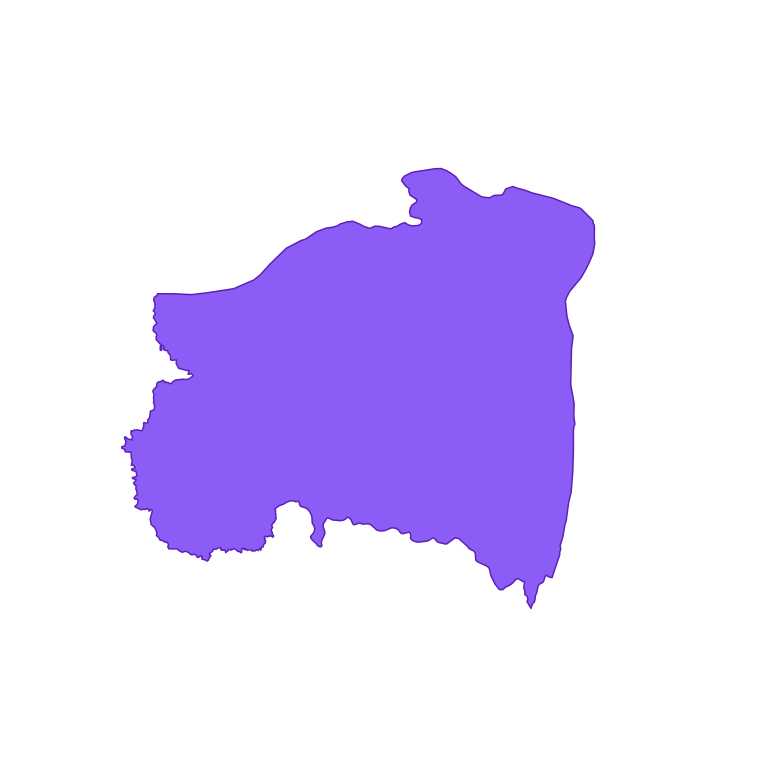 the district of Kham, Xiangkhoang, Laos, rotated 210°
{"feature_id": "54806243B15908522447592", "entity_name": "Kham", "entity_type": "district", "adm_level": 2, "iso_a3": "LAO", "parent_name": "Laos", "parent_adm1": "Xiangkhoang", "projection": "orthographic", "projection_center": [103.704, 19.758], "detail": "fine", "context": "isolated", "style": "filled", "palette": "violet", "viewbox_px": 768, "rotation_deg": 210, "n_neighbors": 0, "source": "geoboundaries", "source_scale": "gbopen_adm2", "svg_char_len": 6171}
<svg xmlns="http://www.w3.org/2000/svg" viewBox="0 0 768 768"><g transform="rotate(210 384 384)"><path d="M144.1,263.0L144.7,263.8L145.5,268.3L144.8,270.2L145.3,272.5L147.0,276.2L147.3,279.2L149.6,286.2L149.1,288.8L147.4,291.3L147.1,292.5L148.0,296.9L148.0,299.3L143.5,299.6L141.7,300.4L146.4,323.9L147.7,326.2L148.5,329.6L150.6,332.0L152.8,341.4L157.0,352.7L158.0,357.0L164.7,373.3L168.0,384.2L176.5,402.1L186.6,420.9L196.7,438.4L198.2,442.0L198.6,444.6L203.6,451.2L209.6,462.2L222.1,477.0L239.2,508.2L244.3,520.2L253.5,528.0L259.4,534.1L268.3,546.4L269.2,549.8L269.5,556.8L266.4,575.1L266.7,587.6L267.9,599.6L268.7,602.8L271.9,611.4L274.3,614.7L280.1,624.9L281.3,626.5L284.1,628.7L284.6,629.9L300.6,634.2L302.6,634.3L310.0,632.4L330.2,629.5L351.5,623.5L358.4,622.4L366.9,620.1L371.0,619.5L376.0,614.0L375.9,607.7L377.4,605.8L382.8,602.5L385.8,597.9L392.9,594.9L413.9,595.3L417.5,595.9L425.6,599.4L431.9,600.0L436.7,600.0L442.4,599.1L447.5,595.9L463.2,583.3L466.1,580.6L470.1,574.5L470.9,571.5L470.3,568.8L464.3,566.3L460.1,565.7L458.6,563.0L455.9,560.6L447.8,560.1L446.8,557.7L449.2,552.9L449.2,549.6L448.0,545.9L444.9,542.7L440.2,543.6L437.2,544.8L433.6,545.2L432.1,542.5L432.3,540.6L433.8,538.2L438.9,534.9L443.1,533.9L446.7,534.2L449.9,530.3L451.7,526.9L453.8,525.1L455.6,521.8L467.2,518.1L470.8,516.2L474.1,511.7L480.6,510.4L484.5,510.4L492.5,509.3L496.9,506.0L501.9,500.8L503.8,497.3L507.0,494.0L511.6,490.5L518.3,482.5L524.7,469.7L527.5,466.9L536.5,452.7L542.7,430.8L545.7,416.9L548.7,409.1L561.9,391.3L584.0,373.6L595.3,365.2L610.8,357.2L625.2,349.0L625.0,346.9L626.3,344.0L625.6,341.8L622.8,339.3L621.1,336.7L620.4,334.3L620.4,332.0L618.8,331.7L616.9,330.1L617.4,327.8L616.9,326.2L610.9,323.0L612.0,320.2L612.2,318.4L610.9,315.2L610.2,314.6L606.4,313.8L605.5,313.3L604.6,310.3L603.2,308.4L596.7,306.4L596.7,304.8L594.8,301.6L593.9,301.5L593.6,302.0L594.0,304.0L595.1,305.0L595.4,306.0L594.5,306.8L593.4,306.5L591.9,303.6L589.8,303.8L588.2,304.7L586.2,302.9L584.1,302.3L582.5,301.0L581.0,298.3L579.0,298.7L576.2,301.0L575.7,300.8L574.2,297.8L569.6,294.9L561.0,297.3L559.6,298.2L559.2,298.2L558.9,295.5L558.4,294.6L557.5,295.0L556.1,296.7L554.1,296.1L553.6,295.3L555.0,291.8L556.6,289.6L561.0,287.3L566.6,283.2L567.9,280.5L568.5,278.0L569.7,277.2L571.5,277.4L572.9,276.7L573.9,276.8L575.0,275.7L576.1,276.6L577.3,276.8L578.9,274.1L580.3,273.2L580.9,272.0L580.8,270.2L579.8,268.8L580.1,266.0L580.8,263.8L580.5,262.1L577.7,259.5L576.7,256.7L575.0,254.7L574.4,252.7L572.0,250.7L570.7,248.3L570.5,246.3L572.7,243.7L570.2,237.6L570.7,234.7L569.7,233.5L569.3,232.4L570.4,231.1L572.5,230.7L572.7,230.0L570.9,227.1L570.2,222.8L570.6,222.2L575.1,220.8L575.9,219.9L577.4,219.3L578.1,217.4L579.4,217.2L579.3,216.3L577.8,213.8L575.8,213.2L574.4,209.5L578.7,208.3L581.2,209.0L581.8,208.7L581.9,207.6L578.9,205.3L578.2,204.0L577.6,200.8L579.7,198.4L578.9,197.3L576.0,197.8L574.4,196.0L573.9,196.0L568.9,198.5L565.7,193.5L563.7,191.8L562.3,187.5L560.3,188.3L557.8,187.5L557.6,186.4L559.5,184.9L559.9,184.1L559.7,183.6L558.7,183.3L555.2,184.3L553.1,182.2L552.3,180.9L552.4,180.2L553.8,178.2L555.1,177.3L554.9,176.8L554.3,176.5L551.0,177.2L550.7,175.8L551.4,173.2L550.0,172.1L547.9,172.0L546.4,169.0L544.7,167.7L542.4,165.0L543.2,162.8L543.4,160.6L543.0,159.9L542.3,159.8L540.1,160.7L538.6,160.4L537.6,157.2L537.6,155.8L538.5,153.7L538.2,153.2L531.4,153.6L529.6,155.3L527.9,156.2L526.3,158.1L523.9,156.6L523.4,157.1L523.6,158.5L522.6,158.9L521.2,158.6L519.1,150.4L515.4,145.9L510.8,145.0L508.3,143.4L506.4,141.5L505.7,140.6L505.3,138.9L502.7,138.6L500.0,136.9L496.5,137.8L494.9,137.5L493.0,138.3L492.0,138.2L490.6,137.4L490.0,136.5L490.0,135.0L487.9,133.7L480.7,137.7L478.2,137.2L474.5,137.4L472.7,139.6L470.4,140.3L468.6,140.3L466.1,139.6L464.8,140.2L463.1,141.8L462.2,141.9L460.5,141.5L459.0,140.5L458.1,141.1L457.0,143.3L456.0,143.9L454.1,141.4L449.5,142.5L448.8,142.1L448.0,143.6L448.4,146.3L448.0,148.6L448.4,149.0L450.3,149.2L450.3,150.1L449.0,152.9L448.8,156.1L446.8,156.8L445.9,158.9L443.9,160.4L443.0,160.2L442.6,158.9L442.2,158.9L440.6,159.3L439.1,160.6L438.5,160.5L436.9,159.0L435.8,161.0L436.3,162.7L433.4,163.7L433.4,164.6L432.5,164.8L431.8,166.3L430.4,166.6L426.7,166.0L425.4,166.6L423.6,166.4L423.1,166.9L423.2,167.6L424.6,169.1L424.5,170.8L423.3,170.8L423.1,171.7L422.6,171.7L421.8,170.9L421.4,171.0L421.3,172.0L419.1,171.6L418.2,172.7L416.4,173.8L415.4,173.4L414.5,173.5L414.0,174.3L412.7,174.4L411.2,176.9L409.9,176.8L410.0,178.0L409.3,178.8L407.8,178.4L407.7,179.0L408.5,180.8L407.3,182.5L408.0,185.2L407.4,186.5L407.7,188.1L408.1,189.0L409.5,189.3L409.5,190.6L410.4,190.7L411.1,191.9L410.8,192.6L408.5,193.5L407.7,194.2L407.5,195.1L406.4,195.3L405.9,196.2L403.9,195.7L403.5,197.1L406.2,198.7L406.7,199.8L407.9,200.2L408.8,201.6L408.8,204.1L410.3,205.1L410.7,206.5L409.9,210.1L410.2,213.8L411.6,215.3L412.6,217.3L413.9,218.4L414.4,220.0L416.0,221.2L414.1,225.9L410.9,229.8L409.1,233.0L406.6,236.1L404.4,237.4L401.5,237.9L399.5,239.6L397.8,238.8L396.9,237.3L395.0,236.4L389.7,237.5L387.4,237.4L383.3,235.6L380.3,233.3L376.6,227.7L373.9,226.2L371.7,224.3L370.5,220.8L371.3,215.1L370.0,213.8L367.7,212.9L362.7,211.9L361.4,211.0L359.1,210.8L357.3,211.3L356.9,212.9L358.8,215.1L359.7,217.4L360.3,224.6L361.5,226.6L365.5,230.2L366.6,232.3L366.3,239.5L364.7,240.2L360.7,240.5L353.8,243.6L351.3,245.5L349.8,247.7L349.1,250.3L347.5,250.6L344.7,250.0L341.2,247.3L339.8,247.0L337.7,248.8L336.6,250.7L335.0,251.7L332.6,251.9L327.7,255.1L325.0,255.6L317.1,253.9L313.9,254.8L310.5,256.9L305.3,263.5L301.7,264.9L298.7,264.9L294.6,263.2L292.6,263.9L288.4,268.2L286.7,267.9L285.1,266.3L284.1,263.9L282.1,262.8L279.0,262.9L275.4,264.0L267.9,269.7L264.5,275.3L263.4,275.6L260.0,274.2L257.5,274.1L250.8,276.1L249.6,277.1L245.7,286.0L242.3,287.6L230.4,285.1L227.9,283.9L222.7,284.3L220.6,283.4L216.7,277.7L215.5,277.0L213.4,276.8L204.2,277.7L202.2,277.5L200.4,276.7L195.6,271.5L187.9,266.3L181.4,263.7L180.3,264.0L178.2,265.5L177.2,269.0L175.2,271.5L173.7,274.5L172.8,277.1L172.1,281.2L169.6,282.6L165.4,282.3L163.4,283.0L161.1,277.5L158.4,275.0L156.8,272.1L154.1,271.9L151.7,269.5L151.6,267.8L151.1,266.9L144.1,263.0Z" fill="#8b5cf6" stroke="#5b21b6" stroke-width="1.5"/></g></svg>